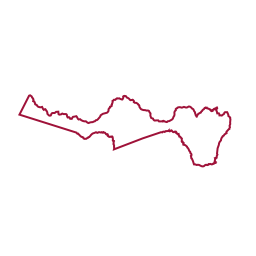 Teruel, Huila, Colombia (orthographic projection), rotated 345°
{"feature_id": "7082276B17617494286143", "entity_name": "Teruel", "entity_type": "district", "adm_level": 2, "iso_a3": "COL", "parent_name": "Colombia", "parent_adm1": "Huila", "projection": "orthographic", "projection_center": [-75.687, 2.832], "detail": "fine", "context": "isolated", "style": "outline", "palette": "rose", "viewbox_px": 256, "rotation_deg": 345, "n_neighbors": 0, "source": "geoboundaries", "source_scale": "gbopen_adm2", "svg_char_len": 5942}
<svg xmlns="http://www.w3.org/2000/svg" viewBox="0 0 256 256"><g transform="rotate(345 128 128)"><path d="M192.9,183.8L193.9,183.7L194.8,184.3L195.7,184.4L196.3,184.1L196.5,183.7L196.9,183.7L197.4,184.1L198.2,184.0L198.8,184.3L199.0,184.6L199.4,184.8L199.9,184.9L200.8,184.5L201.4,184.8L201.7,184.7L201.9,184.2L203.5,184.4L203.6,183.9L204.0,183.7L203.6,183.1L203.1,183.0L203.0,182.8L204.0,180.9L204.4,180.5L204.2,179.6L204.9,179.5L205.3,179.6L205.5,179.8L205.9,179.7L206.6,177.8L207.5,176.9L207.3,175.9L209.3,170.8L211.5,167.6L211.9,166.5L212.8,165.3L214.6,164.0L215.0,163.0L216.2,161.4L217.0,161.0L217.4,160.4L218.4,160.2L219.7,159.1L221.2,158.7L221.6,158.2L221.9,158.2L221.8,157.7L222.3,157.0L224.8,155.4L225.6,155.2L225.6,154.8L226.6,153.8L226.7,152.8L226.6,152.3L227.8,150.6L228.0,149.3L229.2,146.0L229.1,145.3L229.4,144.6L229.1,143.7L228.1,142.5L228.3,140.9L227.9,138.4L226.1,137.9L225.6,137.9L225.0,138.3L224.3,139.3L223.2,139.6L222.1,140.2L221.6,140.2L221.3,139.9L219.6,139.5L219.8,138.4L219.5,137.3L218.0,137.0L218.0,136.7L218.1,134.7L217.8,134.1L217.8,133.3L218.1,133.1L218.1,132.5L218.3,132.3L219.1,132.2L219.3,132.0L219.2,131.2L218.5,131.3L218.3,131.7L217.5,132.0L217.0,131.7L216.7,131.8L216.3,131.8L216.1,132.2L215.7,132.0L215.2,132.4L214.6,132.4L214.4,133.0L213.9,132.9L213.8,133.4L213.2,133.4L212.9,133.2L213.0,132.9L212.7,132.7L212.5,132.1L212.2,132.0L212.0,131.6L212.2,131.4L212.0,131.2L211.7,131.1L211.2,130.5L210.4,130.1L210.1,129.6L209.4,129.4L209.3,128.8L208.9,128.9L208.2,128.3L207.8,128.4L207.7,128.7L207.1,128.6L206.1,129.5L205.5,129.6L204.4,130.2L204.0,130.7L203.0,131.1L202.4,131.9L201.4,132.0L201.2,132.2L199.8,132.4L199.6,132.7L199.0,132.9L197.3,134.8L197.1,134.6L197.0,133.8L196.7,133.1L196.8,132.1L196.6,131.4L196.8,130.2L196.3,129.0L196.0,127.0L195.7,126.5L195.0,125.9L194.3,124.5L193.3,123.4L192.4,123.0L192.0,123.0L190.6,123.4L189.4,123.3L187.5,122.1L185.3,122.3L183.7,121.4L182.7,121.1L181.2,121.1L180.6,121.6L179.9,121.6L179.0,122.1L178.8,123.2L177.6,123.9L176.9,124.8L176.4,127.0L175.8,128.2L175.1,128.7L173.7,130.6L172.7,131.2L170.8,131.7L169.5,132.0L168.1,131.8L167.2,132.3L166.7,132.2L165.0,131.1L164.4,130.4L164.0,130.2L163.8,130.2L163.7,130.7L163.4,130.8L162.3,130.3L160.2,129.8L159.6,129.6L159.2,128.5L157.1,127.9L155.9,127.8L155.2,127.3L154.7,126.3L154.6,125.4L153.0,124.3L152.8,121.9L153.5,119.7L152.9,118.4L152.7,117.0L152.5,116.8L151.9,116.3L150.5,116.0L149.2,115.2L147.4,114.6L145.8,113.5L145.3,112.9L144.6,110.9L144.5,110.4L144.7,109.5L144.5,108.6L144.1,108.3L143.8,107.8L143.8,107.3L142.6,105.9L141.1,105.4L140.3,104.5L140.7,103.6L140.1,102.2L139.8,101.9L139.0,102.0L138.5,101.8L137.7,101.8L137.5,101.6L137.1,101.2L136.8,100.4L136.2,99.5L135.3,98.6L134.7,98.2L134.2,96.7L133.0,96.1L132.3,96.0L131.5,96.3L131.4,96.5L131.5,97.1L131.3,97.5L130.1,98.9L129.7,99.0L128.0,97.9L127.3,97.1L125.7,96.9L125.3,96.8L125.1,96.5L123.4,97.1L123.1,97.5L121.6,97.1L120.7,97.8L120.1,97.8L119.6,99.6L118.8,100.5L118.6,101.2L118.2,101.3L118.0,102.1L117.8,102.6L116.2,102.8L116.0,103.6L115.3,103.8L114.1,104.8L113.6,106.4L112.4,107.5L111.6,107.8L107.4,107.8L105.0,108.6L104.7,108.8L104.1,109.8L101.0,111.9L100.0,112.3L98.9,112.2L97.8,112.9L96.6,112.9L95.4,113.2L94.1,112.9L92.6,112.8L91.3,113.0L90.3,112.4L89.0,110.6L87.6,110.3L86.2,109.5L84.9,108.4L84.0,107.1L82.5,107.0L82.0,106.2L81.4,103.7L81.1,103.2L80.0,103.2L77.8,103.0L77.3,103.3L76.0,104.6L75.4,104.2L74.6,104.2L74.3,103.0L73.8,102.3L73.4,102.2L72.7,102.4L72.4,102.1L72.2,100.9L72.3,99.3L72.0,98.7L71.4,98.4L69.2,97.8L68.4,97.1L67.9,97.1L67.0,97.5L65.1,97.3L64.9,97.1L64.5,96.6L64.9,94.2L62.7,93.8L61.2,94.5L60.8,94.5L59.1,94.0L58.5,94.0L57.5,94.7L57.1,95.4L56.6,95.9L55.8,95.9L55.1,95.6L54.6,94.9L53.8,93.4L54.1,92.0L53.8,90.4L53.5,90.1L53.3,89.0L53.0,88.4L52.6,88.3L51.4,88.7L50.9,87.8L50.5,85.4L49.1,85.4L48.4,85.2L46.8,84.3L46.1,83.3L46.0,82.5L44.5,81.1L44.5,80.6L44.7,80.1L44.3,79.0L44.4,78.3L43.9,77.7L43.4,77.5L44.0,76.3L43.8,75.6L44.0,75.0L43.2,73.7L43.2,72.7L42.1,71.3L41.9,71.1L40.8,71.2L26.6,87.0L77.0,119.1L77.0,119.3L77.6,120.4L78.5,120.6L78.6,121.3L79.2,122.0L79.5,122.7L80.1,123.7L80.5,124.1L80.7,124.5L81.8,125.0L82.1,125.7L82.4,125.8L82.4,126.6L83.1,127.2L85.0,127.6L86.1,127.1L86.9,127.1L87.1,127.0L87.4,126.6L88.2,126.7L89.0,126.2L90.7,125.0L92.3,124.2L94.9,124.0L95.7,123.8L96.5,124.1L96.8,124.6L97.3,124.8L98.9,124.5L100.8,125.4L101.3,125.2L102.4,126.0L102.6,125.8L102.5,125.6L103.3,125.6L103.8,126.3L104.6,126.7L105.2,128.3L105.6,128.5L106.3,128.5L106.7,128.8L106.8,129.8L106.3,130.0L106.4,130.4L107.6,131.8L108.5,131.7L108.8,132.0L109.4,132.2L109.6,132.0L110.4,132.0L110.8,132.8L110.5,135.1L110.1,135.9L110.2,136.5L111.1,136.9L111.1,137.0L110.7,137.3L110.3,138.4L110.3,138.9L109.9,139.4L109.8,140.1L110.1,141.0L109.6,142.7L109.5,143.7L109.6,144.1L109.1,144.6L108.9,145.0L139.7,141.8L158.9,140.6L160.0,141.1L160.6,140.7L161.3,140.7L161.8,140.8L162.4,141.3L162.8,141.2L163.4,140.8L164.1,141.0L164.8,141.0L165.4,141.2L166.2,141.3L166.7,141.0L166.6,141.4L167.3,142.0L167.8,142.0L168.0,141.7L168.6,141.7L169.0,141.5L169.2,141.9L169.6,141.9L170.4,143.5L170.7,143.7L171.4,143.9L172.0,143.6L172.5,143.9L173.2,143.8L173.5,144.3L173.4,144.8L173.2,145.0L173.2,145.3L173.5,145.6L173.8,145.5L174.1,146.5L174.3,146.7L174.7,146.7L175.2,146.8L174.9,147.5L175.4,148.1L175.3,148.3L175.3,149.3L175.6,149.3L175.7,149.7L176.3,150.1L176.3,150.9L176.9,151.4L177.3,152.2L176.9,153.1L176.6,154.6L176.8,154.8L176.7,154.9L177.0,155.1L176.7,155.6L176.8,155.7L177.3,155.7L177.4,156.2L177.3,156.5L177.3,156.8L177.8,157.1L177.5,157.4L177.5,157.6L177.0,158.0L176.5,157.9L177.1,158.4L178.9,159.4L180.2,161.3L180.2,162.2L180.8,163.1L181.0,163.9L181.3,166.0L181.9,167.1L181.9,167.5L181.7,168.1L182.4,169.3L182.4,170.5L181.5,171.2L181.6,172.5L181.3,173.2L181.4,173.8L181.8,174.2L182.2,177.0L182.3,180.0L182.4,180.3L183.3,180.4L184.8,181.5L186.0,181.6L187.0,182.0L189.1,183.9L190.4,184.5L191.4,184.5L192.9,183.8Z" fill="none" stroke="#9f1239" stroke-width="2"/></g></svg>